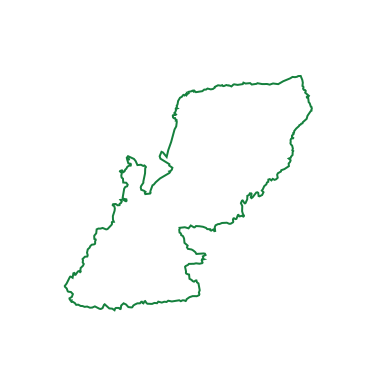 Mbooni, Eastern, Kenya, rotated 114°
{"feature_id": "3690345B27986350710354", "entity_name": "Mbooni", "entity_type": "district", "adm_level": 2, "iso_a3": "KEN", "parent_name": "Kenya", "parent_adm1": "Eastern", "projection": "albers", "projection_center": [37.612, -1.65], "detail": "fine", "context": "isolated", "style": "outline", "palette": "green", "viewbox_px": 384, "rotation_deg": 114, "n_neighbors": 0, "source": "geoboundaries", "source_scale": "gbopen_adm2", "svg_char_len": 6083}
<svg xmlns="http://www.w3.org/2000/svg" viewBox="0 0 384 384"><g transform="rotate(114 192 192)"><path d="M185.3,265.0L187.3,265.5L187.8,265.1L187.3,263.3L187.9,262.8L189.1,264.1L191.7,261.8L191.2,259.5L192.1,258.8L192.9,258.8L193.3,260.0L195.2,261.3L197.5,261.5L198.7,262.1L200.1,262.0L201.6,262.6L200.7,264.8L202.0,266.2L202.5,266.2L203.2,263.8L205.7,263.3L207.4,262.2L207.9,260.5L211.3,258.7L210.3,255.8L211.5,253.7L213.2,253.6L214.5,255.0L216.5,255.3L225.5,253.0L226.0,251.4L225.4,249.0L226.6,248.2L227.2,248.4L227.4,249.0L227.0,252.1L228.3,254.1L229.3,252.3L230.9,252.4L232.2,253.3L233.5,252.9L234.4,254.5L234.0,256.8L235.2,259.1L235.8,259.2L236.4,259.0L236.6,257.2L238.4,255.8L240.6,255.1L246.2,254.5L249.5,252.9L251.0,251.3L251.8,252.8L252.3,252.9L253.7,252.1L254.6,252.1L260.0,254.0L260.8,254.7L261.1,255.5L261.2,259.0L262.7,260.8L263.5,262.7L264.9,263.9L268.7,262.7L271.6,263.5L272.3,263.3L274.6,262.1L274.5,260.8L275.0,260.4L276.3,260.5L278.3,259.6L279.0,259.6L279.7,260.2L280.9,262.1L282.7,262.9L284.5,262.9L286.8,263.9L290.2,263.2L292.1,261.6L293.5,261.4L294.7,263.5L297.8,264.7L298.8,263.8L300.8,263.2L301.8,261.6L303.7,261.6L306.7,262.8L308.8,262.2L310.0,261.3L310.7,261.6L310.2,263.1L311.0,263.9L315.0,264.7L315.2,265.2L314.0,266.1L313.8,266.6L314.5,267.3L318.9,266.2L318.6,268.2L318.8,268.8L319.4,269.0L326.6,269.3L329.6,270.0L330.2,269.6L331.1,267.2L333.1,265.3L333.4,264.5L332.6,262.0L333.7,259.3L336.7,259.1L339.0,260.7L339.6,260.3L340.5,258.9L340.0,257.9L341.2,257.7L341.4,257.3L340.8,256.1L341.1,253.9L342.2,251.9L341.2,250.1L341.4,247.4L340.7,245.6L340.6,243.4L339.3,241.2L339.2,238.2L338.2,236.2L336.0,234.2L336.3,229.1L336.0,227.8L334.5,226.5L330.9,226.5L330.1,226.1L332.0,220.2L331.0,217.4L331.5,214.7L329.8,214.8L328.8,214.3L327.6,211.6L328.1,210.7L328.1,209.9L327.7,209.6L324.5,210.5L321.5,209.2L321.6,206.5L323.0,203.3L322.1,200.4L321.6,199.7L319.5,199.4L318.0,198.4L315.9,196.6L314.9,194.3L312.9,193.7L312.6,193.1L313.5,191.9L313.5,191.1L311.2,190.9L310.7,190.4L312.0,188.3L312.2,187.3L310.5,183.0L308.6,181.2L307.8,178.7L305.9,178.2L305.3,174.6L303.5,172.7L302.8,170.5L301.0,169.5L300.2,165.9L296.1,159.6L296.3,157.8L294.9,156.7L294.2,155.2L294.2,153.5L293.7,153.2L292.1,153.3L289.1,151.5L286.9,149.1L285.2,145.2L283.4,143.6L282.3,143.7L281.1,144.8L278.6,145.0L272.9,148.9L272.5,150.7L271.0,152.0L271.4,152.7L273.1,153.7L273.1,155.2L272.5,156.6L272.3,159.0L268.6,161.1L268.9,162.7L268.8,164.2L268.3,164.7L266.9,165.2L263.2,167.9L262.3,167.7L260.2,166.0L258.9,165.6L256.9,161.2L255.5,159.3L254.5,156.0L252.9,153.8L252.3,153.6L250.5,155.3L249.9,155.4L248.6,153.8L248.7,155.2L247.7,154.9L246.4,155.9L244.0,154.0L243.1,155.1L243.4,156.4L246.8,162.8L245.6,164.5L244.9,167.1L244.7,169.0L245.6,172.6L244.6,174.1L242.7,174.2L241.5,178.2L237.9,180.2L236.8,181.3L235.9,182.5L235.8,184.3L234.9,184.8L234.2,185.8L234.1,186.9L231.7,188.3L230.4,188.3L229.8,188.8L227.1,184.2L226.6,180.4L223.1,179.5L223.5,175.8L223.2,175.2L221.5,174.5L220.3,171.4L219.3,167.8L219.1,164.6L219.7,163.0L218.6,160.2L219.5,159.7L219.5,158.8L217.5,157.2L218.7,155.7L218.2,155.0L214.9,156.9L212.8,156.9L210.7,155.1L210.2,154.0L208.1,152.0L205.9,147.7L205.9,145.1L205.3,143.8L203.0,142.2L202.4,142.2L200.5,143.4L199.3,143.4L198.9,143.0L199.1,141.3L198.5,140.5L194.4,140.7L194.0,140.2L195.0,139.0L194.9,138.5L193.5,136.9L193.6,135.1L193.1,134.8L192.5,134.9L191.3,136.6L189.2,138.4L184.3,140.4L182.3,142.8L179.6,142.8L179.1,142.3L179.3,141.9L180.8,139.6L180.9,139.0L180.3,138.6L176.1,138.6L173.0,139.9L171.7,138.7L169.7,138.6L169.2,137.3L169.5,136.8L173.0,136.1L173.4,135.2L172.3,134.5L166.4,133.1L165.7,132.2L165.8,131.2L168.6,129.5L168.5,128.6L166.2,126.7L163.1,126.6L162.3,128.8L160.6,128.4L157.3,128.4L154.8,127.2L152.9,127.4L151.7,126.5L149.6,127.3L148.6,126.2L149.1,124.2L147.2,123.6L147.3,121.5L146.1,120.3L144.1,119.5L141.7,121.2L140.0,121.2L137.1,119.1L135.8,119.3L133.5,116.9L129.0,114.0L126.6,115.3L124.9,114.7L123.2,114.7L122.7,115.0L122.1,117.2L120.5,115.7L119.4,115.9L117.3,115.2L114.5,116.3L113.4,116.2L113.1,117.3L111.3,117.5L108.9,119.4L108.3,121.0L107.3,122.0L106.3,122.1L104.4,123.1L103.2,123.1L102.5,122.8L102.0,121.6L101.5,121.5L101.0,123.1L99.7,123.6L98.0,122.8L97.1,123.5L96.4,122.9L94.7,123.4L91.6,122.6L88.3,121.1L87.2,121.1L86.3,120.2L85.2,120.0L84.3,119.0L83.1,119.1L78.5,117.0L75.5,117.5L70.0,116.5L69.1,115.9L68.5,116.4L67.2,116.4L66.0,117.2L65.6,117.6L65.7,118.2L63.1,120.5L62.5,121.9L58.9,124.1L59.0,125.4L58.5,125.8L58.1,125.7L57.5,124.5L56.6,124.3L55.2,129.0L53.4,129.2L52.9,130.1L53.2,131.4L52.5,132.5L51.5,132.5L50.4,133.2L50.4,134.0L50.0,134.3L47.1,135.2L44.8,136.8L41.8,139.9L42.9,142.1L44.0,142.9L45.2,144.6L46.0,147.0L48.2,148.5L53.7,153.7L58.4,157.1L59.9,162.1L62.3,164.7L62.8,167.3L64.9,171.9L66.0,176.5L66.9,177.0L69.5,181.1L68.9,183.2L71.1,187.1L71.2,189.5L72.8,189.5L75.6,193.9L76.5,197.3L77.1,197.9L79.5,198.9L79.6,201.8L80.0,202.1L80.3,204.1L82.3,206.0L82.6,206.7L82.1,207.9L83.1,208.8L83.9,211.6L86.7,213.9L87.3,213.6L89.4,214.8L90.6,216.6L91.2,219.9L92.8,220.9L93.5,222.5L95.7,223.6L99.2,229.0L98.5,231.3L99.6,231.3L99.3,232.9L100.2,233.5L102.0,236.0L103.1,235.2L104.1,235.9L103.9,236.8L105.0,236.3L105.9,236.4L105.4,237.6L106.8,238.0L106.7,239.2L107.3,239.6L109.1,240.0L110.8,241.3L114.5,241.7L118.1,240.8L119.2,241.1L120.1,240.5L121.5,240.6L121.6,239.4L122.8,240.6L123.8,239.9L125.9,239.8L127.0,240.2L127.7,238.1L128.3,238.4L129.5,240.5L130.1,240.6L131.6,239.6L131.9,238.4L131.4,237.6L132.1,237.0L132.5,235.5L133.5,235.7L133.5,234.8L134.2,234.4L138.5,233.1L141.9,233.4L154.7,231.4L163.4,230.7L170.3,229.4L167.7,234.6L167.7,236.2L172.5,236.1L174.4,234.4L175.8,224.0L177.1,223.6L177.8,219.8L179.8,219.5L181.5,220.1L182.4,221.1L182.8,220.2L183.8,220.4L192.6,226.7L197.8,229.1L200.7,229.9L202.0,230.8L207.8,230.4L209.3,230.0L209.6,229.5L210.5,229.7L212.9,233.8L212.0,234.8L210.8,234.5L210.4,236.2L210.6,239.3L208.7,240.7L207.3,240.9L203.3,240.2L202.3,240.7L194.0,242.5L189.1,244.5L188.2,244.2L187.7,244.5L187.1,246.3L188.0,247.1L187.9,249.8L189.6,252.8L186.7,256.0L185.4,258.5L185.3,265.0Z" fill="none" stroke="#15803d" stroke-width="2"/></g></svg>